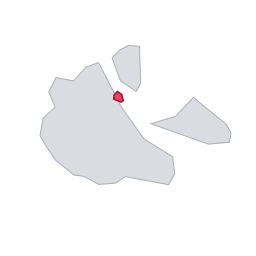 location of Sham Shui Po within Hong Kong S.A.R., rotated 219°
{"feature_id": "HKG-5159", "entity_name": "Sham Shui Po", "entity_type": "state/province", "adm_level": 1, "iso_a3": "HKG", "parent_name": "Hong Kong S.A.R.", "parent_adm1": "", "projection": "orthographic", "projection_center": [114.161, 22.334], "detail": "fine", "context": "in_parent", "style": "filled", "palette": "rose", "viewbox_px": 256, "rotation_deg": 219, "n_neighbors": 0, "source": "natural_earth", "source_scale": "10m", "svg_char_len": 787}
<svg xmlns="http://www.w3.org/2000/svg" viewBox="0 0 256 256"><g transform="rotate(219 128 128)"><path d="M102.8,77.6L103.8,76.6L115.2,65.8L131.9,62.6L140.7,57.4L163.8,57.4L177.9,61.6L191.2,66.5L192.5,68.1L200.1,82.4L197.8,98.4L212.2,106.1L215.7,121.8L199.9,130.4L199.0,148.9L192.0,160.3L146.4,140.1L108.9,129.6L75.1,133.7L62.9,121.8L60.8,109.5L99.7,88.3L102.8,77.6ZM96.4,192.8L53.9,192.7L44.7,188.9L40.3,180.7L55.4,166.0L112.8,145.8L98.4,167.1L96.4,192.8ZM179.3,192.8L170.5,198.6L146.3,170.7L144.8,161.6L163.5,159.9L184.5,172.5L183.4,184.0L179.3,192.8Z" fill="#d9dde1" stroke="#a8b0b8" stroke-width="1"/><path d="M153.7,150.1L151.1,147.7L148.8,146.4L149.7,143.8L153.6,142.6L157.4,141.5L159.6,144.8L159.2,149.8L153.7,150.1Z" fill="#f43f5e" stroke="#9f1239" stroke-width="1.5"/></g></svg>